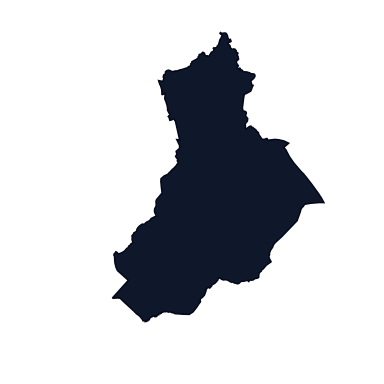 Mueang Lop Buri, Lop Buri, Thailand (orthographic projection), rotated 139°
{"feature_id": "78962969B19058811012170", "entity_name": "Mueang Lop Buri", "entity_type": "district", "adm_level": 2, "iso_a3": "THA", "parent_name": "Thailand", "parent_adm1": "Lop Buri", "projection": "orthographic", "projection_center": [100.688, 14.804], "detail": "fine", "context": "isolated", "style": "filled", "palette": "ink", "viewbox_px": 384, "rotation_deg": 139, "n_neighbors": 0, "source": "geoboundaries", "source_scale": "gbopen_adm2", "svg_char_len": 5932}
<svg xmlns="http://www.w3.org/2000/svg" viewBox="0 0 384 384"><g transform="rotate(139 192 192)"><path d="M99.4,97.4L98.3,102.5L97.6,107.5L96.6,118.6L96.0,129.5L96.0,131.0L96.2,131.6L95.9,131.9L96.2,136.1L96.1,147.3L95.3,154.7L93.5,162.2L93.4,165.4L87.0,165.4L89.1,170.2L92.4,174.7L95.0,177.4L100.5,181.1L100.3,183.1L101.0,183.7L102.3,183.9L103.0,184.6L103.7,184.8L104.3,185.4L104.4,185.8L104.3,186.3L104.4,187.4L104.1,189.1L104.0,191.2L102.9,193.3L103.3,195.3L103.0,197.1L103.3,197.8L103.3,198.4L103.5,198.4L103.6,199.0L103.7,200.7L104.1,200.7L104.4,201.8L104.2,202.8L104.7,203.4L105.9,203.8L108.4,203.9L109.7,204.2L110.0,204.6L107.2,208.4L105.0,209.0L103.9,209.0L101.8,210.8L101.6,211.7L101.8,213.2L101.3,214.4L101.0,214.8L99.2,215.9L98.8,216.6L98.8,217.6L100.0,219.4L100.3,220.3L99.8,220.6L98.9,222.3L91.2,229.2L88.4,231.4L86.5,230.7L82.1,229.7L81.3,229.7L80.5,230.0L78.2,231.4L75.9,232.4L76.5,233.6L75.0,236.9L73.9,237.2L71.8,237.2L70.1,237.4L68.4,238.1L67.7,239.3L67.7,240.2L68.2,240.9L69.6,242.2L70.4,244.3L71.9,246.7L74.2,248.9L74.3,249.4L74.3,251.5L74.7,251.8L75.7,252.0L75.9,252.4L75.6,253.0L74.6,253.4L74.5,253.8L74.8,254.3L76.1,254.7L76.5,255.3L76.4,255.9L75.9,256.6L74.5,256.7L74.1,257.0L74.1,258.5L73.6,260.5L73.2,260.8L72.9,261.4L72.2,261.6L71.1,261.6L70.5,261.8L70.1,261.5L69.5,261.9L69.0,263.2L68.4,263.8L68.2,264.6L68.1,265.6L66.2,266.7L66.8,268.8L65.9,269.7L65.9,271.7L66.8,272.8L67.6,273.0L68.1,273.4L68.4,275.7L67.3,277.5L67.5,280.1L67.3,280.4L66.3,280.9L64.9,280.2L63.8,280.0L63.6,280.1L62.9,282.0L63.6,282.2L63.9,282.6L64.1,284.0L62.5,287.2L62.2,288.8L62.2,289.5L62.8,290.4L65.5,292.3L65.8,292.9L65.8,293.6L66.4,293.6L66.9,293.2L66.8,292.4L66.4,291.4L66.5,290.2L67.5,290.0L69.2,289.1L71.1,288.6L74.9,286.0L75.9,285.6L77.0,285.7L77.6,285.4L77.9,284.7L79.7,285.3L80.9,286.5L81.3,286.6L81.8,286.3L82.1,284.9L82.8,284.6L83.2,284.3L84.3,284.3L85.8,284.8L85.9,284.6L88.8,283.8L90.1,283.2L91.1,284.8L91.3,285.0L92.0,285.0L92.4,286.7L91.5,288.7L92.1,290.3L92.8,290.1L93.6,290.4L93.9,290.3L94.0,289.9L96.4,291.0L96.8,290.4L98.6,290.0L99.0,289.1L100.5,289.3L100.7,289.1L106.6,290.4L106.9,290.3L106.9,289.8L107.2,289.5L107.8,289.4L108.6,289.6L109.4,288.8L110.1,288.7L111.0,288.1L112.2,288.8L114.1,288.9L119.3,291.1L121.0,292.1L123.8,293.1L124.5,293.8L125.4,294.1L125.4,294.5L127.7,295.5L129.5,299.1L130.0,299.5L131.1,300.0L132.3,300.2L133.4,300.0L133.5,299.6L134.7,298.5L136.1,298.9L136.6,298.9L138.4,297.5L138.5,296.3L141.5,294.6L144.1,298.0L145.5,294.9L146.2,292.3L147.7,289.1L150.7,285.3L150.3,284.8L147.7,284.0L149.4,282.1L150.6,281.1L151.6,279.9L152.1,278.1L153.8,274.1L154.6,272.6L156.4,269.9L156.6,270.0L156.9,269.4L157.6,266.6L157.6,264.9L160.4,264.6L160.4,263.1L160.6,261.9L161.0,262.1L161.7,260.6L160.2,259.8L157.4,259.2L158.0,257.7L158.1,256.6L157.9,256.6L167.2,239.4L169.1,241.6L170.7,235.8L171.7,234.0L173.5,233.1L177.3,233.1L178.2,231.3L179.2,230.1L180.9,229.8L181.2,228.8L181.4,226.5L181.3,225.1L182.2,225.1L182.5,225.3L182.7,225.1L183.1,223.0L184.8,222.8L187.1,222.1L188.1,222.1L190.8,221.8L192.0,222.0L192.4,221.8L193.6,221.8L194.9,221.5L196.6,221.6L198.4,221.2L202.5,222.4L206.6,222.4L208.6,220.4L212.4,215.1L215.2,210.9L223.7,209.5L224.6,209.1L225.6,208.3L226.5,207.0L228.0,205.2L228.5,204.9L231.4,203.7L233.2,201.8L233.6,201.0L234.6,197.3L240.1,198.8L242.8,198.2L246.3,199.1L247.6,199.1L248.2,198.9L249.2,199.0L250.6,200.4L251.4,200.6L253.9,200.8L256.1,200.6L258.0,200.0L259.8,198.7L262.7,199.3L264.1,198.6L266.1,198.3L266.8,197.1L268.6,195.3L269.6,192.7L269.9,192.5L272.1,192.9L273.4,192.5L275.2,192.7L276.7,191.9L278.4,192.2L281.4,191.7L284.4,192.1L287.7,193.3L288.2,194.0L288.3,196.2L288.7,196.9L289.5,196.5L291.6,196.3L292.3,195.7L292.8,194.1L295.0,191.4L297.0,188.5L298.9,184.7L299.8,181.6L298.0,167.1L321.8,164.2L321.4,164.1L321.3,163.5L320.8,163.5L320.4,162.9L320.1,163.1L319.6,162.9L319.2,161.9L318.7,161.5L318.0,161.5L317.9,161.2L317.4,160.8L317.3,160.3L316.7,159.9L316.3,159.9L316.2,159.4L315.9,159.3L315.6,154.6L314.0,140.4L313.8,136.6L313.1,133.8L312.9,131.7L313.1,128.0L313.5,127.0L313.3,126.7L312.8,126.7L312.3,125.8L312.1,125.8L312.4,125.0L311.4,125.1L311.4,124.4L310.9,124.5L310.5,124.1L310.0,124.5L309.8,123.8L308.8,124.1L308.4,123.7L308.1,123.9L307.6,123.9L307.5,124.2L306.8,124.6L306.1,124.4L305.9,124.7L305.5,124.4L305.1,124.5L304.2,124.0L303.8,124.4L302.6,123.7L302.2,123.7L301.8,123.2L302.0,122.7L301.7,122.5L301.8,122.2L301.7,122.0L301.1,121.9L300.6,121.4L299.5,121.7L299.4,121.5L299.0,121.7L298.5,121.8L297.8,121.3L297.7,121.8L297.3,121.7L296.8,121.8L296.2,121.2L295.9,121.2L295.6,120.9L295.1,121.2L294.6,121.0L294.5,120.7L293.6,120.9L293.1,120.5L292.8,120.6L292.7,120.4L291.6,120.1L291.1,119.7L291.0,119.3L290.3,119.3L290.3,118.9L289.5,118.5L289.2,117.7L288.6,117.3L288.6,116.8L287.3,116.0L286.8,115.5L286.7,114.9L286.0,113.7L285.2,113.6L285.1,112.3L284.7,111.4L278.6,105.3L274.2,101.3L273.6,101.5L272.8,101.2L269.9,100.8L263.8,102.0L259.3,103.3L258.0,103.4L257.5,103.8L256.0,105.9L253.3,105.7L250.3,106.0L246.3,108.2L245.8,108.7L245.7,109.5L245.0,109.5L245.0,109.2L244.6,109.3L244.5,109.6L244.1,109.7L243.4,109.4L242.8,109.4L241.8,108.8L241.8,108.0L241.4,107.8L240.4,108.2L239.4,107.9L237.8,108.8L234.8,108.1L233.0,108.2L230.3,108.6L229.1,109.4L228.6,109.5L228.0,109.3L227.5,108.8L226.8,106.4L225.8,104.8L224.4,104.0L223.0,102.2L221.6,98.2L220.1,97.1L219.8,95.5L218.8,94.6L218.3,93.4L217.8,92.8L216.5,92.2L214.3,92.4L213.4,92.2L211.5,90.7L208.4,89.1L208.0,88.5L207.9,87.2L206.0,87.6L205.0,86.4L203.4,85.5L201.4,85.4L199.2,84.1L197.9,83.8L197.5,84.0L195.9,85.7L194.7,86.6L193.3,86.9L191.7,86.8L190.7,87.4L188.5,87.3L184.0,88.0L178.2,87.4L177.9,87.8L177.4,90.5L176.6,92.7L174.7,93.7L173.9,94.7L172.6,95.7L170.3,96.7L167.4,97.4L166.1,98.2L164.9,98.7L162.7,99.2L153.6,99.4L131.5,101.4L123.8,105.7L121.1,107.5L120.3,107.7L120.4,108.2L117.5,108.1L117.5,108.4L115.2,108.7L114.2,108.3L109.9,105.7L102.8,100.5L99.4,97.4Z" fill="#0f172a" stroke="#020617" stroke-width="1.5"/></g></svg>